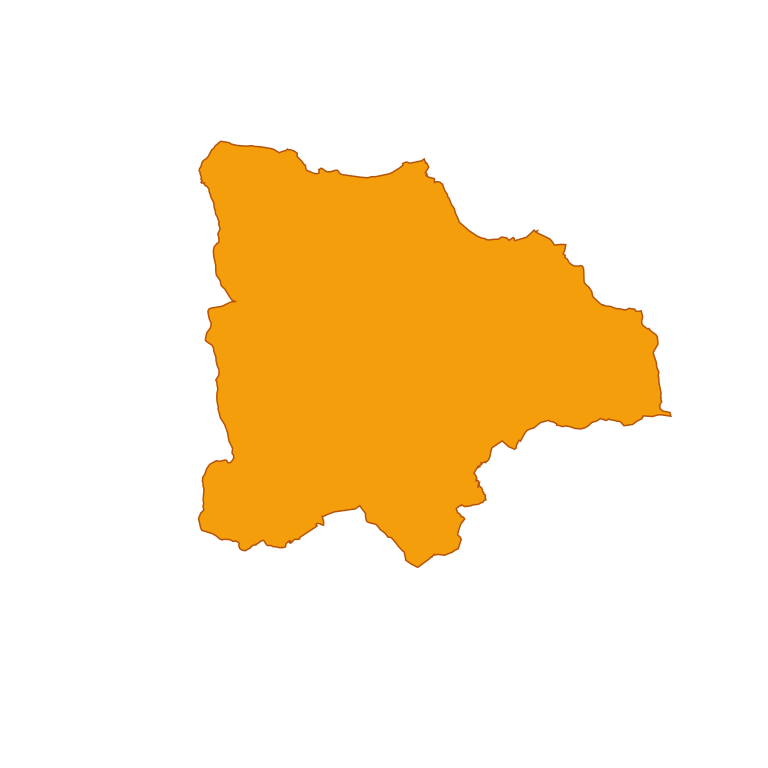 outline of Rosia, Sibiu, Romania, rotated 119°
{"feature_id": "2599482B70516542388979", "entity_name": "Rosia", "entity_type": "district", "adm_level": 2, "iso_a3": "ROU", "parent_name": "Romania", "parent_adm1": "Sibiu", "projection": "equal_earth", "projection_center": [24.304, 45.817], "detail": "fine", "context": "isolated", "style": "filled", "palette": "amber", "viewbox_px": 768, "rotation_deg": 119, "n_neighbors": 0, "source": "geoboundaries", "source_scale": "gbopen_adm2", "svg_char_len": 6171}
<svg xmlns="http://www.w3.org/2000/svg" viewBox="0 0 768 768"><g transform="rotate(119 384 384)"><path d="M600.3,472.4L598.1,461.3L598.2,457.1L599.1,452.8L599.0,450.3L597.5,448.8L594.9,443.6L594.7,439.4L593.1,437.5L593.3,433.7L596.2,432.3L598.0,430.0L598.1,427.8L597.6,425.7L597.0,424.5L592.4,421.6L589.1,420.7L587.6,419.4L586.9,417.9L585.9,418.2L585.1,417.3L580.4,415.1L579.4,413.9L579.3,413.1L581.6,408.8L581.7,407.3L580.2,404.9L580.0,402.0L578.8,399.6L577.8,396.0L576.0,392.9L574.3,391.2L571.5,392.1L568.8,391.7L566.7,390.5L566.5,390.2L567.0,389.4L568.5,389.9L568.6,388.8L567.9,388.2L563.2,386.9L562.2,384.8L560.5,382.7L558.9,383.2L540.7,373.7L539.8,375.4L538.6,375.2L537.2,372.3L537.4,371.2L536.9,368.4L533.4,370.2L529.8,373.9L529.2,372.8L524.7,369.6L519.8,365.3L507.1,348.5L502.2,346.3L506.2,337.5L509.8,335.2L512.3,332.8L512.6,331.5L512.2,328.5L510.7,323.5L511.2,321.0L513.1,316.9L514.1,310.3L516.0,306.4L514.7,302.8L515.6,301.6L515.8,300.1L519.0,292.6L520.9,287.1L521.2,284.8L527.6,279.4L528.3,272.8L528.0,265.6L515.3,259.7L512.4,259.0L512.4,258.3L508.6,257.5L508.9,256.6L506.9,254.2L504.3,247.9L497.9,242.7L494.9,241.3L492.1,239.2L482.3,241.2L480.6,243.9L480.7,245.3L480.2,246.5L476.9,247.5L469.7,249.0L462.9,248.0L462.0,250.0L462.6,252.4L461.6,252.9L460.8,255.9L460.9,257.1L457.9,260.5L454.1,258.8L453.0,257.6L452.2,257.8L452.0,253.5L451.0,252.8L450.7,251.6L449.4,250.6L449.1,249.7L446.8,247.8L443.9,243.7L442.3,242.3L440.8,241.6L439.8,240.3L436.8,239.9L436.1,238.7L433.6,240.8L432.6,241.0L431.8,242.0L432.0,243.3L430.8,243.9L430.1,245.7L428.5,246.9L427.5,248.5L427.1,250.5L427.4,251.0L426.8,251.4L429.3,252.2L426.5,251.9L424.7,252.5L425.8,252.8L423.7,253.6L423.1,254.5L423.1,255.3L424.0,256.0L424.0,256.6L423.4,257.2L421.9,256.8L421.3,257.1L419.0,260.3L418.7,261.8L418.3,262.1L412.8,261.9L410.5,260.8L411.2,261.9L410.8,262.1L409.7,261.3L409.8,260.7L409.3,261.1L407.1,259.7L406.0,260.8L405.8,259.7L403.0,258.0L403.5,257.1L399.7,255.8L396.3,256.1L389.1,258.5L387.0,258.5L377.1,253.3L376.5,252.9L378.4,244.3L377.7,238.0L376.5,237.5L372.7,238.5L367.8,238.6L367.8,236.9L359.2,237.0L355.3,236.4L351.8,233.8L349.9,231.7L341.7,228.4L335.9,222.3L336.2,221.1L335.2,217.8L335.0,213.8L336.3,213.0L335.7,212.0L334.6,206.8L333.1,205.7L332.0,203.2L331.1,200.4L330.2,195.1L328.6,191.9L328.4,190.8L325.2,187.2L321.8,185.2L316.8,183.5L312.9,179.7L309.3,178.0L309.0,175.8L308.4,175.2L308.6,173.4L308.0,171.7L305.7,170.7L305.8,169.7L304.0,164.4L303.8,162.5L302.5,159.9L302.7,157.9L304.2,153.9L298.8,146.9L294.4,145.0L289.2,141.6L286.1,141.7L282.4,133.5L278.3,129.5L276.6,126.7L273.1,117.5L270.3,119.9L272.4,127.0L271.8,130.2L271.0,131.2L268.4,132.7L264.7,132.6L263.3,134.5L261.5,135.0L261.2,135.8L257.6,137.3L249.6,144.1L245.1,146.9L244.2,148.1L240.8,149.2L239.7,150.1L237.5,153.3L233.2,156.2L227.1,162.9L225.3,163.9L216.1,163.7L210.2,167.9L209.1,169.9L208.2,176.6L207.0,179.2L207.9,180.2L207.9,182.3L207.2,185.9L206.4,187.5L204.2,189.1L200.4,190.1L199.2,190.9L195.3,194.6L197.0,196.4L198.0,198.4L197.9,199.8L196.9,201.0L197.7,202.2L197.6,203.0L198.3,204.0L198.8,206.1L201.5,208.1L202.6,209.6L203.9,214.2L205.6,217.8L206.4,223.8L208.2,227.5L208.6,229.6L208.4,230.5L209.1,231.3L208.9,234.0L206.6,243.0L205.7,244.3L202.3,247.3L199.8,252.2L199.5,254.6L198.4,257.6L197.1,258.9L187.0,264.9L184.8,267.3L184.9,269.1L186.7,271.1L188.5,274.7L188.7,277.5L188.0,281.0L185.9,284.3L185.6,287.2L183.7,287.7L183.5,290.4L179.1,290.8L174.0,292.6L176.0,296.7L180.0,302.5L178.3,305.0L176.7,309.3L177.6,324.2L175.7,324.1L177.4,325.5L176.6,327.3L186.5,330.5L195.2,339.0L193.4,341.0L193.3,342.1L197.8,344.3L196.8,347.3L197.8,350.7L198.7,352.6L201.9,354.2L205.0,359.3L206.9,361.5L208.0,364.2L208.0,366.5L208.8,368.7L209.5,373.3L208.7,383.8L205.9,396.8L204.6,398.0L199.7,404.6L196.6,407.4L194.4,411.8L189.8,417.5L189.4,419.1L187.7,420.2L185.3,424.7L180.9,429.7L180.8,431.5L180.3,432.4L180.9,434.7L182.1,436.8L183.3,437.2L183.2,437.7L179.9,439.6L181.2,443.7L181.7,447.1L180.4,447.3L180.9,448.5L179.2,448.6L179.2,450.3L172.6,450.0L169.9,454.1L170.5,454.9L167.7,457.9L170.8,459.6L178.4,468.4L178.7,471.4L179.7,472.8L182.3,474.6L183.5,473.5L187.6,475.2L195.2,479.4L197.8,481.5L206.8,491.9L208.8,495.5L211.5,498.1L214.5,504.8L220.9,521.4L221.4,524.4L219.6,528.3L220.9,530.4L224.4,533.8L225.9,536.6L226.1,538.6L225.5,542.6L226.1,544.0L227.4,544.3L228.1,545.0L229.7,543.7L231.3,543.2L232.8,544.9L233.5,546.7L234.2,550.4L234.0,551.6L234.7,554.5L233.5,556.8L230.7,558.9L230.5,561.5L229.5,562.5L227.1,570.3L224.2,571.9L223.8,575.6L224.5,579.2L225.4,581.3L225.4,582.4L227.1,582.8L230.0,585.8L232.5,587.7L232.2,593.9L232.8,596.8L236.2,606.5L239.1,612.8L239.4,614.7L242.9,620.1L246.4,627.6L248.2,633.8L248.0,636.0L248.4,637.7L250.8,644.4L257.3,647.0L260.8,647.2L262.4,648.2L270.1,648.0L273.1,648.7L276.1,650.3L278.9,650.5L282.1,649.6L285.6,649.7L287.5,648.7L287.6,647.8L289.3,646.7L291.7,643.9L293.6,643.5L293.8,642.1L294.6,641.5L295.3,642.0L296.3,641.8L296.7,640.6L295.8,640.1L295.2,638.6L296.0,638.7L296.8,637.5L297.2,636.2L296.8,635.3L298.3,631.7L300.8,630.0L301.9,628.3L304.2,626.3L308.1,620.7L312.2,617.9L314.5,615.4L317.0,613.7L318.5,611.1L322.6,606.4L324.0,606.4L327.9,602.4L333.1,602.2L335.8,599.7L339.0,597.6L340.7,597.2L342.1,598.3L346.6,599.0L350.1,597.9L354.6,595.0L361.7,588.8L366.9,585.8L370.1,583.4L372.8,577.7L376.9,574.0L378.2,569.1L383.8,559.1L384.3,557.8L384.1,554.3L386.6,557.8L394.4,563.2L401.4,572.0L403.3,573.4L405.7,573.3L408.3,571.4L411.6,568.5L414.8,564.5L416.5,563.7L419.1,563.1L425.2,563.8L432.0,561.7L432.9,560.2L433.5,553.1L435.5,550.4L438.1,548.5L441.7,544.3L445.1,542.1L448.8,538.8L451.8,534.9L456.4,532.7L462.2,533.0L463.1,531.4L467.3,528.4L468.4,527.1L473.4,525.5L478.4,522.8L481.8,520.3L484.4,517.7L485.7,517.5L493.0,510.6L496.6,503.9L499.4,500.6L502.6,497.1L508.9,492.1L513.6,485.3L518.2,483.4L519.0,481.5L520.3,480.2L522.5,479.4L526.2,479.9L527.7,480.7L528.5,482.6L527.0,484.6L527.7,486.4L531.3,490.2L532.4,493.5L537.8,496.9L539.6,497.6L544.4,498.0L549.7,497.0L553.0,497.3L557.3,495.6L558.5,494.0L560.6,493.0L563.2,490.5L573.5,485.8L575.0,484.2L579.0,482.8L581.5,480.5L585.8,481.7L591.6,481.0L598.7,474.6L600.3,472.4Z" fill="#f59e0b" stroke="#b45309" stroke-width="1.5"/></g></svg>